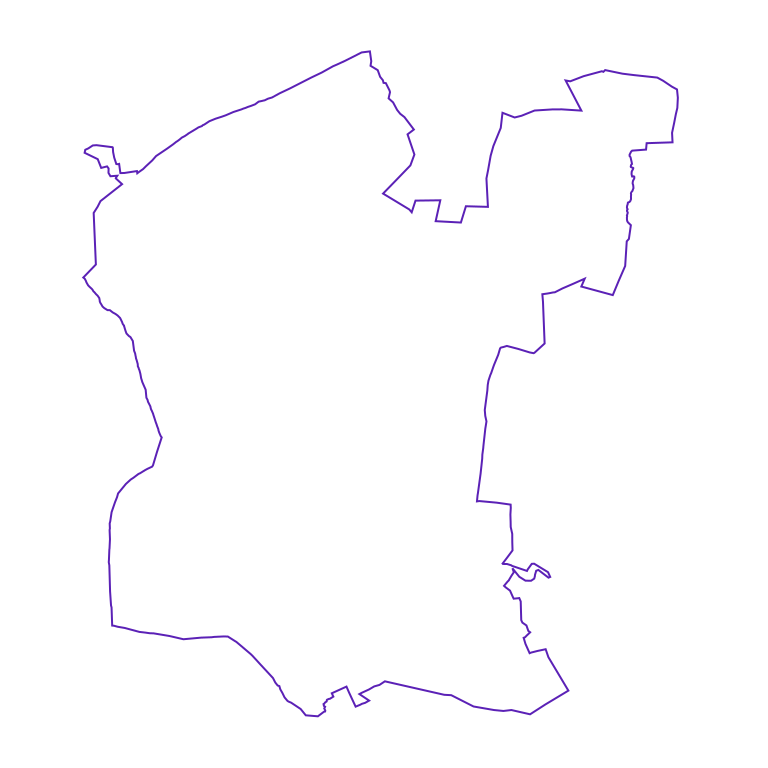 outline of Chapultenango, Chiapas, Mexico, rotated 89°
{"feature_id": "50627088B46214146316575", "entity_name": "Chapultenango", "entity_type": "district", "adm_level": 2, "iso_a3": "MEX", "parent_name": "Mexico", "parent_adm1": "Chiapas", "projection": "albers", "projection_center": [-93.139, 17.336], "detail": "fine", "context": "isolated", "style": "outline", "palette": "violet", "viewbox_px": 768, "rotation_deg": 89, "n_neighbors": 0, "source": "geoboundaries", "source_scale": "gbopen_adm2", "svg_char_len": 6106}
<svg xmlns="http://www.w3.org/2000/svg" viewBox="0 0 768 768"><g transform="rotate(89 384 384)"><path d="M447.8,612.1L461.3,616.4L462.6,617.3L464.7,622.0L465.9,624.3L469.1,629.7L469.6,631.0L473.4,636.2L475.1,638.9L479.4,643.8L488.8,651.8L492.5,652.9L497.5,655.0L507.4,658.6L516.5,660.1L518.6,660.7L523.7,660.6L525.2,660.9L534.4,660.7L543.5,661.3L544.8,661.5L555.1,662.1L557.4,662.3L560.5,661.8L586.6,661.5L600.6,660.8L602.7,660.3L620.8,660.0L621.0,658.2L622.1,654.4L623.4,647.5L627.6,632.9L628.4,626.9L629.1,622.6L629.3,618.7L632.2,603.0L635.7,589.0L634.4,571.2L634.2,560.8L633.9,558.2L633.6,548.4L633.8,544.5L638.5,537.4L639.3,536.1L651.7,522.0L653.5,520.2L661.9,512.8L676.1,500.1L680.6,497.9L683.6,495.6L684.2,493.9L687.5,493.0L691.1,491.0L695.6,488.9L699.2,486.0L699.9,484.9L701.0,482.4L707.5,473.0L713.9,468.0L715.1,455.9L710.6,449.7L710.4,448.6L709.4,448.4L707.3,449.4L705.7,448.5L704.8,449.7L703.3,450.0L702.9,450.0L702.7,449.4L701.5,448.6L700.4,446.9L699.0,446.7L698.7,446.5L697.9,444.6L697.8,443.6L695.7,440.1L692.3,441.6L685.9,426.8L691.7,424.4L706.1,418.0L704.3,413.4L703.4,411.7L702.5,408.5L700.3,404.4L693.6,414.0L692.4,411.7L689.1,404.2L686.2,399.1L684.8,393.8L681.3,388.3L695.8,329.2L696.3,322.2L708.0,300.1L711.9,279.7L713.0,270.3L712.2,262.3L716.8,243.7L707.2,228.2L693.8,205.0L660.0,224.4L652.0,227.0L653.6,235.2L655.1,241.6L655.7,243.1L646.3,247.1L640.2,248.8L639.7,247.4L637.9,245.6L635.1,242.5L634.8,242.2L633.4,244.0L627.9,245.8L625.0,249.8L622.5,250.9L603.8,251.1L600.4,252.5L600.6,254.2L600.9,258.1L598.7,259.1L592.8,261.6L589.5,265.8L587.9,267.5L583.5,263.7L583.0,263.1L582.3,262.5L581.7,262.2L577.8,259.8L574.8,257.7L574.4,257.5L570.5,258.8L579.1,252.1L583.1,246.0L583.3,240.4L581.2,237.2L578.8,236.5L577.6,236.4L573.4,235.1L572.6,232.9L580.5,222.9L579.8,221.2L575.0,223.3L566.3,237.0L566.4,239.4L571.8,243.5L573.4,244.3L568.6,257.7L568.2,259.0L567.5,259.9L566.1,264.2L566.0,268.7L566.3,269.1L559.6,263.8L552.6,258.4L544.4,258.5L536.1,258.4L529.2,259.8L523.9,259.8L516.7,259.9L510.1,259.4L506.8,259.5L504.6,273.5L502.7,290.8L503.0,293.1L496.9,292.4L494.8,292.0L475.4,289.0L460.3,287.1L456.4,286.9L449.8,285.9L447.8,285.7L430.5,283.5L423.2,282.2L417.7,283.3L411.8,283.7L392.4,280.8L386.8,280.3L382.5,279.5L376.8,277.5L375.1,276.7L368.8,274.4L366.7,273.6L356.8,269.3L350.4,267.3L349.6,266.4L349.1,264.0L348.1,260.5L351.3,249.1L355.0,237.7L355.8,233.8L355.3,232.9L346.3,222.7L310.1,223.5L304.7,223.6L297.0,224.1L296.4,219.1L295.9,216.0L295.4,213.4L295.3,211.6L291.6,204.0L286.9,192.6L282.2,181.5L290.0,185.0L299.1,153.7L285.1,147.6L270.2,140.8L245.6,138.8L243.2,136.6L229.5,134.4L226.6,137.3L225.5,137.9L224.1,138.2L221.5,138.2L220.7,138.0L220.1,138.0L219.7,138.2L217.8,137.5L217.0,137.3L216.5,137.4L215.9,137.8L215.4,138.0L214.8,138.0L214.4,138.0L213.8,137.4L213.4,137.4L212.2,138.0L211.3,138.0L209.6,137.7L208.9,137.3L207.0,137.0L206.7,136.7L206.5,135.8L206.2,135.3L205.3,134.5L203.5,133.8L200.5,133.8L199.8,133.7L199.0,133.6L198.6,133.7L197.7,133.8L196.9,133.5L196.1,133.0L195.1,132.1L194.0,131.8L192.7,131.2L191.6,131.2L189.5,131.4L187.9,131.9L186.6,131.8L185.2,131.5L183.2,130.4L182.8,130.2L181.8,130.1L181.0,130.2L180.7,130.7L180.8,131.3L180.9,131.7L180.9,132.3L180.6,132.4L178.5,132.8L177.7,132.8L175.9,132.6L174.9,132.1L173.8,131.4L172.7,131.0L172.4,131.0L172.2,131.2L171.9,132.3L171.3,133.4L170.9,133.5L169.3,133.1L168.5,132.5L168.3,132.2L166.0,132.6L163.8,133.1L162.1,133.4L161.1,133.8L160.5,134.4L159.2,134.5L158.5,134.2L156.0,132.9L155.0,131.8L154.2,117.9L147.8,117.2L147.4,91.3L137.9,91.6L128.3,89.4L119.4,87.5L113.1,85.9L102.9,85.2L94.6,85.9L91.7,91.0L85.7,99.6L82.4,105.4L79.5,128.7L77.9,140.1L74.0,157.4L75.7,159.2L75.1,160.7L79.7,179.0L84.6,192.5L83.7,197.1L114.1,181.9L112.5,201.4L112.4,211.1L113.2,228.7L118.2,241.8L119.8,248.7L114.9,260.8L130.0,262.8L148.0,270.5L157.7,273.4L172.0,276.2L180.3,278.0L208.7,277.0L207.7,299.0L223.9,304.3L222.1,329.5L201.3,324.5L201.2,349.3L212.8,353.3L209.9,355.7L193.6,381.6L180.7,368.6L165.9,353.8L155.1,349.6L134.8,356.1L130.1,349.7L117.5,358.9L114.1,363.1L110.2,366.1L102.6,370.0L98.5,374.4L92.3,372.9L90.5,373.4L83.2,376.9L82.9,379.2L80.3,379.8L76.8,382.5L70.1,384.8L65.6,391.9L61.0,391.1L51.2,392.3L52.1,400.6L60.2,417.3L63.8,425.5L65.4,429.4L71.5,440.8L76.3,451.3L82.4,463.8L86.8,472.8L91.5,483.2L95.6,491.0L96.7,495.0L98.3,498.4L98.4,499.1L98.9,501.3L99.5,504.4L102.1,508.0L103.6,512.1L104.6,515.3L105.6,517.8L106.2,519.9L106.9,521.6L109.4,529.8L110.8,533.2L112.6,537.6L113.9,541.5L115.8,547.8L118.2,554.0L121.5,559.2L121.9,560.3L122.4,561.1L122.9,561.5L124.2,565.1L125.4,567.0L130.3,575.5L130.5,575.6L132.6,578.8L134.1,581.8L135.9,584.0L137.7,586.5L138.1,587.3L140.7,590.7L144.9,596.8L152.1,607.9L156.4,611.8L162.1,618.2L164.9,621.1L168.0,625.7L169.0,627.0L166.8,627.3L168.5,640.1L168.5,643.9L159.3,645.0L159.6,646.2L159.4,647.8L152.9,649.8L147.4,650.8L143.0,651.0L142.5,651.3L140.2,667.3L140.4,671.0L143.3,675.6L144.6,678.6L147.6,679.3L154.2,666.3L163.0,663.0L161.6,657.1L163.7,655.6L168.1,655.8L171.5,653.9L171.1,647.0L173.3,648.5L173.7,648.6L179.6,642.4L196.2,664.3L201.7,667.2L207.9,671.3L259.5,670.0L272.3,682.8L273.5,681.4L275.6,680.3L277.3,679.7L280.2,678.1L281.6,676.8L283.8,674.5L284.8,673.7L286.3,672.9L287.1,672.0L289.1,670.4L290.7,668.8L293.1,667.2L295.4,666.8L296.7,666.7L298.3,666.0L299.2,665.4L301.6,664.1L303.2,662.4L305.3,659.2L305.4,656.8L307.7,654.0L309.3,651.2L310.9,649.1L313.4,646.7L317.7,644.7L318.8,644.4L319.7,644.0L321.1,642.9L321.7,642.9L322.7,642.5L323.3,642.4L326.4,641.5L329.0,640.6L331.4,638.4L332.0,637.7L332.3,637.1L332.8,636.6L334.9,635.4L336.6,634.4L342.8,633.7L346.4,633.3L349.1,632.3L351.6,631.9L352.4,631.7L354.1,631.5L355.5,631.0L359.7,629.9L362.1,629.8L363.5,629.1L364.8,628.8L365.9,628.3L369.6,627.4L374.1,626.7L375.7,626.2L377.9,625.6L385.6,622.4L393.6,621.8L395.7,620.7L397.6,620.3L399.4,619.4L402.3,618.0L404.4,617.6L405.6,617.2L406.7,616.6L407.3,616.4L408.5,615.9L409.7,615.4L410.6,615.2L413.8,614.2L418.5,612.8L420.1,612.2L422.1,611.6L425.1,610.5L426.5,610.3L428.7,609.6L430.4,608.9L432.3,608.1L433.5,607.2L447.8,612.1Z" fill="none" stroke="#5b21b6" stroke-width="2"/></g></svg>